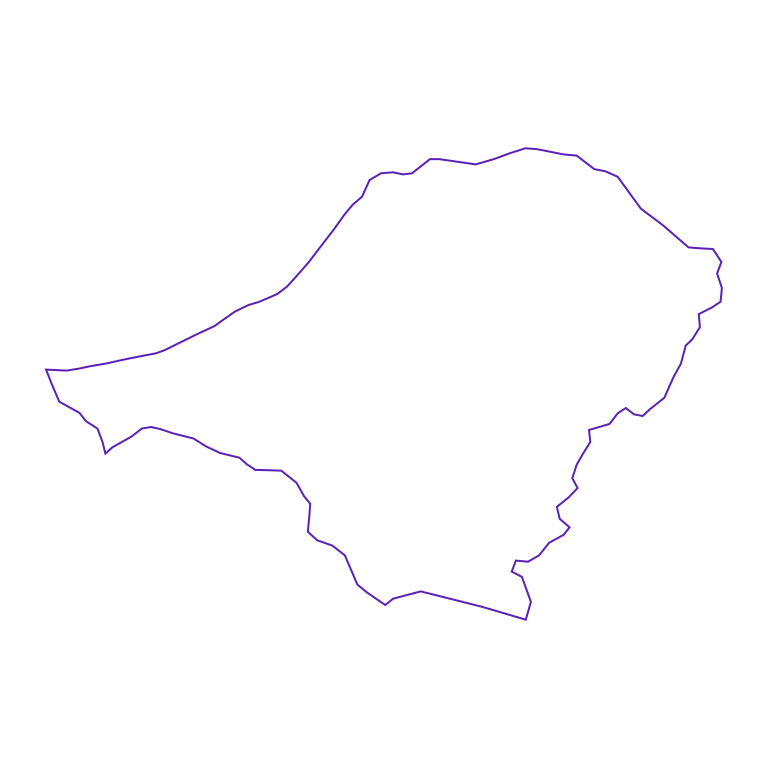 Quatro Barras, Paraná, Brazil
{"feature_id": "56859067B35023448273735", "entity_name": "Quatro Barras", "entity_type": "district", "adm_level": 2, "iso_a3": "BRA", "parent_name": "Brazil", "parent_adm1": "Paraná", "projection": "mercator", "projection_center": [-49.007, -25.374], "detail": "fine", "context": "isolated", "style": "outline", "palette": "violet", "viewbox_px": 768, "rotation_deg": 0, "n_neighbors": 0, "source": "geoboundaries", "source_scale": "gbopen_adm2", "svg_char_len": 1641}
<svg xmlns="http://www.w3.org/2000/svg" viewBox="0 0 768 768"><path d="M46.1,369.6L51.8,384.2L59.3,401.7L79.5,412.9L86.1,421.3L97.5,428.6L102.5,442.0L105.4,453.6L112.4,447.3L131.9,436.3L141.7,428.6L150.8,427.0L160.0,429.0L172.9,433.3L193.7,438.6L205.8,446.3L220.1,453.0L229.1,455.2L239.4,457.7L247.0,464.4L255.4,469.9L271.4,470.3L281.3,470.7L288.5,476.4L296.6,482.9L304.1,496.3L310.2,503.7L309.3,516.7L307.8,531.7L317.2,540.3L332.4,545.6L344.9,555.4L357.4,584.7L367.2,592.6L385.2,605.0L393.1,598.7L420.7,591.4L481.3,606.6L525.8,619.7L530.9,601.8L521.9,576.9L511.7,571.6L515.9,560.6L528.0,561.7L539.0,555.4L549.0,542.9L563.9,534.6L569.5,527.3L559.6,518.7L556.9,506.9L568.6,497.4L577.6,488.0L572.3,478.2L576.7,464.6L582.8,454.0L590.3,442.0L589.0,430.0L609.6,423.9L617.7,413.3L625.8,408.0L633.9,414.3L642.7,416.0L649.3,409.7L664.4,397.7L669.2,386.7L673.9,376.3L680.9,363.7L685.7,345.6L692.3,339.3L699.9,327.1L698.8,314.1L712.2,307.3L720.6,301.7L721.9,288.0L717.1,273.4L721.4,262.0L712.9,249.0L701.2,248.4L688.5,247.4L663.1,225.4L640.9,208.7L617.7,176.8L605.4,171.3L594.2,169.1L576.7,155.6L563.5,154.4L536.6,149.1L525.3,148.3L510.5,153.0L502.1,156.1L494.0,159.1L475.6,164.4L439.0,159.1L430.0,159.1L412.0,173.3L403.2,174.4L392.7,172.3L381.0,173.3L369.6,180.0L362.0,196.7L352.7,204.7L344.9,214.0L334.1,229.1L323.3,243.1L308.4,262.6L296.1,276.6L287.0,286.6L277.5,293.9L268.1,298.0L258.4,302.1L248.8,304.9L235.2,311.4L222.3,320.4L214.4,326.1L205.4,330.3L196.1,334.6L177.1,344.0L164.8,350.1L156.0,353.3L141.8,356.0L128.6,358.6L119.2,360.6L107.3,363.3L89.8,366.3L79.0,368.6L66.8,370.6L46.1,369.6Z" fill="none" stroke="#5b21b6" stroke-width="2"/></svg>